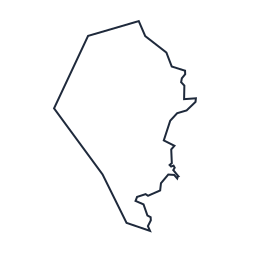 outline of Aweil Centre, Northern Bahr el Ghazal, South Sudan, rotated 83°
{"feature_id": "79223893B3139508517189", "entity_name": "Aweil Centre", "entity_type": "district", "adm_level": 2, "iso_a3": "SSD", "parent_name": "South Sudan", "parent_adm1": "Northern Bahr el Ghazal", "projection": "albers", "projection_center": [27.174, 8.427], "detail": "fine", "context": "isolated", "style": "outline", "palette": "slate", "viewbox_px": 256, "rotation_deg": 83, "n_neighbors": 0, "source": "geoboundaries", "source_scale": "gbopen_adm2", "svg_char_len": 701}
<svg xmlns="http://www.w3.org/2000/svg" viewBox="0 0 256 256"><g transform="rotate(83 128 128)"><path d="M184.1,85.3L181.9,84.3L181.9,84.0L175.3,88.2L173.1,86.5L170.9,87.4L171.5,89.9L169.8,91.2L168.2,88.8L154.5,87.7L151.3,84.1L144.7,94.0L125.9,85.2L119.3,77.4L117.7,67.7L110.3,57.8L106.8,57.0L106.2,68.8L92.8,66.9L89.0,69.7L85.2,68.5L81.6,64.7L78.1,64.4L72.3,77.1L57.8,80.7L38.9,99.7L23.2,104.3L31.7,156.4L99.5,199.0L117.2,189.1L158.7,165.8L171.0,158.9L222.0,141.0L232.8,118.7L227.8,120.2L222.4,116.6L219.3,116.4L217.2,119.4L205.7,121.9L201.3,129.4L197.5,127.4L195.8,118.6L197.7,116.4L193.9,103.7L186.8,102.0L179.1,93.7L180.2,87.9L184.1,85.3Z" fill="none" stroke="#1e293b" stroke-width="2"/></g></svg>